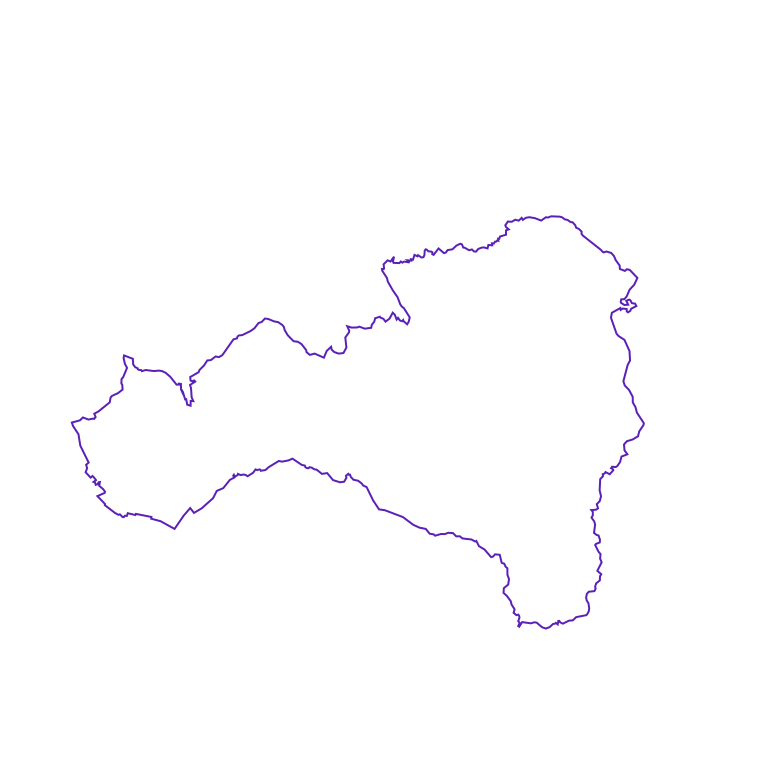 the district of Bosorod, Hunedoara, Romania, rotated 292°
{"feature_id": "2599482B85285073606156", "entity_name": "Bosorod", "entity_type": "district", "adm_level": 2, "iso_a3": "ROU", "parent_name": "Romania", "parent_adm1": "Hunedoara", "projection": "orthographic", "projection_center": [23.13, 45.647], "detail": "fine", "context": "isolated", "style": "outline", "palette": "violet", "viewbox_px": 768, "rotation_deg": 292, "n_neighbors": 0, "source": "geoboundaries", "source_scale": "gbopen_adm2", "svg_char_len": 6166}
<svg xmlns="http://www.w3.org/2000/svg" viewBox="0 0 768 768"><g transform="rotate(292 384 384)"><path d="M235.6,647.6L239.8,649.5L245.5,658.2L246.9,658.7L250.2,659.0L253.1,658.2L257.3,655.7L259.2,653.1L261.7,651.4L265.4,650.7L268.1,651.7L270.8,656.7L273.5,656.9L275.1,655.7L278.6,655.4L282.8,657.7L286.7,656.3L289.0,656.7L290.7,651.8L300.2,652.6L303.0,649.8L307.4,648.5L308.8,645.8L313.8,640.1L315.1,640.4L317.9,643.4L320.5,642.6L323.9,639.7L323.7,637.6L324.6,634.5L332.5,632.5L335.3,630.5L337.8,626.5L340.6,626.8L343.8,625.4L344.8,623.5L346.9,627.7L348.9,629.0L352.3,626.3L356.2,627.9L361.2,627.3L366.1,623.8L376.8,620.1L380.5,621.6L382.3,620.6L383.7,622.1L385.3,622.4L384.9,627.1L389.9,628.9L390.7,628.4L391.0,626.1L392.8,626.5L393.7,629.8L395.1,631.0L400.0,632.1L405.7,631.4L410.0,636.0L412.5,631.9L417.8,629.2L421.9,630.6L425.7,635.3L430.7,639.1L435.7,638.4L443.4,640.0L445.1,639.5L452.2,629.2L456.8,625.8L460.1,621.6L465.3,619.4L470.3,613.4L472.8,607.8L476.3,604.9L492.9,602.8L498.0,603.3L506.5,599.3L515.0,590.4L516.3,583.7L517.6,580.9L530.5,569.6L535.4,568.6L543.0,574.7L541.4,575.7L543.4,577.1L544.4,580.9L542.3,581.9L541.8,583.3L543.9,584.9L546.4,585.0L550.8,588.8L552.6,586.7L551.8,583.6L553.9,581.1L554.1,579.7L551.9,577.5L549.0,580.7L547.3,577.2L548.1,573.3L549.1,572.6L551.4,572.3L552.7,575.1L556.1,576.2L563.4,576.4L569.8,578.8L577.3,579.2L581.8,569.2L581.4,566.2L579.1,565.0L579.0,559.7L582.2,558.0L585.6,552.5L588.8,549.3L590.6,545.6L590.2,540.7L588.3,538.3L588.4,537.2L589.6,535.0L596.1,512.8L597.2,510.9L599.3,510.2L600.8,506.5L600.9,503.6L602.9,501.8L604.6,498.2L604.0,496.5L604.9,492.8L604.4,490.2L605.3,486.4L604.9,484.0L602.1,476.2L599.7,473.6L599.3,471.7L594.4,468.5L594.3,461.8L593.1,456.3L591.2,453.2L588.2,451.3L589.6,449.4L585.9,447.7L585.5,444.2L582.3,441.7L581.0,438.0L576.6,437.0L575.1,438.6L574.1,441.7L572.2,439.6L568.1,441.2L564.2,436.3L561.9,436.5L561.6,435.4L559.6,436.4L559.6,435.3L558.2,434.8L557.5,433.5L555.4,433.3L554.9,431.4L553.1,432.4L552.0,428.7L548.5,429.2L548.1,425.5L546.9,423.3L544.5,420.8L541.2,419.7L540.6,417.8L541.7,415.1L539.9,412.8L540.6,407.7L540.2,406.4L542.7,403.9L542.6,402.2L539.5,399.3L534.5,397.0L532.0,392.8L529.1,392.1L527.8,390.6L530.1,383.8L522.3,381.6L522.5,380.1L524.3,379.5L524.5,378.2L523.6,375.4L524.6,373.4L524.5,372.2L522.9,371.8L518.6,373.2L516.4,373.1L515.3,371.4L516.2,367.3L514.9,367.2L515.1,363.9L510.1,364.3L509.8,362.3L508.6,363.1L507.5,359.4L506.7,361.4L506.1,361.4L505.1,356.9L503.4,355.6L503.9,353.7L501.9,353.0L499.9,347.5L500.8,346.5L505.8,345.6L500.0,344.2L500.0,341.0L494.8,338.8L491.1,340.8L490.4,340.7L489.9,339.0L488.3,340.0L483.5,346.9L480.3,349.3L474.1,357.1L469.6,364.0L463.8,369.4L462.4,371.6L461.8,374.0L455.4,382.9L450.8,383.6L448.0,383.1L449.6,378.6L450.5,377.8L449.0,377.4L448.8,375.1L450.6,372.2L448.5,371.6L452.3,368.0L453.4,365.4L446.6,364.6L442.4,362.0L444.2,359.1L444.2,356.0L444.8,355.0L441.7,351.2L438.1,351.6L434.2,350.5L431.3,351.1L428.1,345.4L427.9,339.6L426.4,338.0L424.2,332.9L423.8,328.3L420.4,331.8L418.9,332.2L412.6,330.7L403.7,335.5L397.5,334.8L395.2,330.6L395.0,325.9L396.2,322.7L398.7,321.0L393.2,318.5L385.9,318.4L386.2,308.3L383.2,304.3L384.5,300.3L386.3,299.1L390.1,292.6L390.9,288.4L389.8,284.1L393.2,276.4L396.8,271.7L399.5,269.7L400.6,267.6L401.7,262.8L400.9,258.7L400.9,252.1L400.1,249.1L395.8,247.4L393.5,244.8L387.1,243.0L383.1,240.4L376.2,234.2L374.7,231.3L373.1,230.4L371.2,230.6L369.0,227.7L350.2,223.3L347.1,220.9L346.4,217.5L341.3,214.5L339.6,211.3L333.7,210.2L328.0,207.7L325.5,207.7L317.8,201.7L314.7,203.4L314.7,205.1L316.2,206.7L315.5,208.1L310.5,204.5L307.9,206.6L299.5,210.7L296.7,213.6L295.9,211.1L291.4,212.8L291.1,209.3L295.8,206.3L295.2,205.4L301.3,200.5L301.6,200.1L300.6,200.3L303.1,197.7L308.0,195.7L307.5,193.7L306.6,194.1L305.7,191.9L310.5,183.4L312.6,177.4L312.8,173.3L312.1,170.3L309.8,165.8L307.7,157.8L305.2,154.7L305.9,153.7L305.3,151.5L305.5,150.1L306.3,149.6L306.4,147.0L308.2,144.1L313.3,141.7L313.1,132.3L310.4,132.9L305.7,136.2L302.7,139.7L292.5,139.6L290.3,138.8L286.1,140.3L285.1,141.7L280.9,143.7L275.9,140.8L270.9,136.1L268.9,135.6L264.3,136.6L251.7,129.6L247.9,126.5L245.3,129.0L243.0,128.3L243.0,127.3L240.3,123.2L240.2,117.4L236.4,115.7L231.3,109.0L228.4,111.6L223.0,119.5L213.1,125.5L200.5,139.6L197.5,138.1L194.7,140.3L190.4,140.4L187.3,147.0L189.5,148.2L188.5,150.5L187.0,153.0L184.4,151.4L184.3,153.1L182.5,154.5L183.8,156.0L186.0,156.2L186.7,157.3L183.0,158.0L181.3,163.0L179.6,165.7L178.4,165.8L172.7,160.3L168.2,170.3L167.1,170.5L163.7,182.8L163.2,186.8L164.2,187.9L162.7,191.5L163.1,192.6L164.7,193.0L165.4,195.0L168.2,194.8L169.4,202.6L170.6,202.6L173.6,218.2L171.9,218.6L173.1,228.3L171.2,244.1L187.0,247.6L196.4,250.8L193.3,256.1L200.4,261.5L214.1,268.3L222.2,269.0L227.3,274.0L237.3,277.0L241.3,280.3L242.5,278.6L243.6,278.8L242.2,280.4L245.2,282.7L245.9,282.4L245.9,285.4L247.4,287.5L247.8,289.7L247.4,292.1L252.7,295.9L256.7,296.9L256.7,298.7L258.1,300.4L258.2,301.4L257.4,302.3L259.8,306.3L263.7,308.2L273.2,315.3L273.8,318.5L277.4,324.1L280.5,327.1L278.2,338.0L278.7,341.2L277.3,342.4L277.2,343.7L277.5,345.5L279.0,346.1L279.4,348.7L278.8,350.8L279.3,353.8L277.4,360.1L280.1,364.7L275.8,372.8L276.4,380.0L278.4,383.6L282.9,384.3L284.7,383.1L287.3,384.5L286.7,385.4L287.2,386.4L285.4,388.1L283.8,391.4L284.6,396.3L283.4,400.6L282.1,402.7L281.9,406.5L272.0,417.5L265.9,426.4L267.3,432.1L267.7,451.4L264.4,463.9L264.1,470.7L265.3,477.0L262.3,482.4L263.2,486.4L262.5,488.2L266.3,493.1L267.6,496.6L270.1,499.3L271.6,503.8L269.8,508.1L271.2,511.3L270.2,514.6L272.6,523.4L272.1,527.4L273.1,528.4L269.2,532.8L268.2,539.2L263.6,548.2L264.9,549.8L267.7,550.8L269.0,555.3L262.3,560.1L262.4,562.9L260.2,565.1L259.4,567.4L253.4,569.9L249.9,573.0L244.5,574.3L239.6,571.6L235.1,573.1L233.6,577.2L230.1,582.9L227.4,584.8L224.0,589.5L220.4,589.9L219.3,593.3L220.5,595.0L219.6,596.2L217.9,597.2L214.4,597.3L213.3,599.3L209.9,599.1L209.6,600.3L215.0,601.3L217.1,609.8L219.4,612.7L219.9,615.0L217.7,621.7L217.9,625.7L220.7,628.7L224.8,630.6L225.8,632.3L226.9,632.8L226.2,635.1L229.6,634.4L230.0,635.3L229.0,636.6L228.8,639.6L233.9,644.2L235.6,647.6Z" fill="none" stroke="#5b21b6" stroke-width="2"/></g></svg>